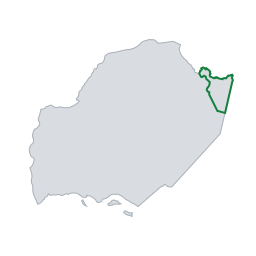 United Republic of Tanzania, with Kagera highlighted, rotated 103°
{"feature_id": "TZA-3360", "entity_name": "Kagera", "entity_type": "Region", "adm_level": 1, "iso_a3": "TZA", "parent_name": "United Republic of Tanzania", "parent_adm1": "", "projection": "albers", "projection_center": [30.807, -1.99], "detail": "coarse", "context": "in_parent", "style": "outline", "palette": "green", "viewbox_px": 256, "rotation_deg": 103, "n_neighbors": 0, "source": "natural_earth", "source_scale": "10m", "svg_char_len": 4141}
<svg xmlns="http://www.w3.org/2000/svg" viewBox="0 0 256 256"><g transform="rotate(103 128 128)"><path d="M94.6,180.2L91.9,178.7L89.4,177.9L87.3,176.9L86.4,175.9L84.5,175.5L82.8,175.4L81.2,174.5L78.1,174.2L77.7,173.6L77.7,172.3L77.1,171.9L76.0,171.6L74.7,171.6L73.9,171.8L73.5,171.7L72.5,170.9L71.5,169.9L71.1,168.4L69.7,167.4L68.0,166.6L63.4,166.6L62.6,166.4L61.5,165.6L60.2,164.3L59.2,162.8L58.3,160.8L57.3,158.0L52.0,147.1L51.4,145.0L50.4,142.7L48.7,139.9L46.9,137.8L44.4,135.9L41.6,134.0L40.1,132.7L37.2,127.5L36.7,125.1L36.2,122.6L36.4,121.6L38.2,118.3L38.4,117.4L38.1,116.2L37.3,113.6L36.1,110.5L33.8,104.8L33.5,103.4L33.6,102.3L34.9,96.5L34.9,95.7L40.2,95.8L44.1,93.3L47.5,89.5L48.2,87.9L49.6,85.5L51.0,84.2L51.5,83.4L52.3,81.0L54.1,79.3L55.8,78.1L55.4,77.2L55.7,76.9L56.7,76.2L58.5,75.6L58.9,74.3L58.9,72.9L58.6,72.1L58.6,71.2L58.3,70.7L57.1,70.5L55.3,69.8L53.8,69.5L52.8,69.1L52.4,68.8L52.3,67.9L53.1,65.7L52.3,64.8L54.1,61.1L54.5,60.7L55.1,60.6L56.2,60.2L57.2,60.0L58.0,60.2L58.6,60.0L59.2,59.6L59.6,58.4L60.0,56.3L59.8,54.6L59.0,53.3L58.8,51.3L59.1,48.6L58.9,46.4L58.0,44.6L57.1,43.5L55.8,43.0L53.7,40.3L53.0,39.0L53.2,38.2L53.9,37.8L55.2,37.9L56.5,37.6L57.7,36.9L58.8,36.7L59.4,36.8L113.0,36.9L175.4,72.0L175.7,72.5L176.2,75.5L176.1,76.5L175.1,78.2L174.8,79.1L174.8,79.8L175.0,80.0L175.8,80.1L176.5,80.5L176.8,80.8L177.3,82.2L178.0,82.8L201.6,100.1L202.2,100.4L201.8,101.8L200.4,105.3L200.4,106.7L199.8,108.4L199.3,109.5L197.9,114.4L196.7,116.3L195.2,120.5L194.9,123.8L195.7,126.1L196.0,128.3L197.8,130.4L199.3,131.2L200.3,132.2L202.0,134.4L203.0,136.6L206.1,137.7L207.4,140.2L206.9,141.9L205.4,143.3L204.1,145.6L202.9,148.6L202.9,153.2L203.6,152.5L205.3,153.6L205.5,157.0L203.7,160.9L203.2,162.7L203.1,164.3L204.3,169.0L206.2,171.4L206.0,172.2L205.5,172.8L208.7,177.1L208.4,180.8L209.6,183.6L210.1,186.1L210.9,188.0L211.0,189.4L210.0,190.8L212.4,191.2L213.7,192.4L214.4,193.5L216.1,193.5L217.0,194.3L218.3,194.9L221.2,196.9L222.0,197.8L222.5,198.8L214.4,204.7L211.5,206.3L209.4,207.0L207.2,207.3L205.0,208.3L203.0,209.8L200.5,210.5L197.4,210.5L194.1,211.5L189.0,214.6L186.0,212.8L183.6,212.3L180.9,212.3L179.3,212.5L178.7,212.9L178.2,213.9L177.7,215.7L175.9,217.3L172.8,218.9L170.0,219.5L167.4,219.0L165.6,218.4L164.7,217.4L163.3,217.0L161.5,217.1L159.8,217.7L158.1,219.0L155.5,219.5L151.9,219.3L150.0,218.7L149.7,217.7L148.1,216.4L145.2,215.0L143.1,215.0L141.7,216.3L140.5,217.2L139.4,217.5L138.3,217.5L136.9,217.2L132.9,217.0L129.1,217.0L128.7,215.1L128.0,213.9L127.3,213.2L126.0,213.0L125.6,212.5L125.2,211.3L124.5,210.3L123.7,209.4L123.2,208.6L123.0,207.9L123.2,207.1L124.0,205.1L124.2,203.7L124.1,202.3L123.7,200.9L122.8,199.2L122.9,198.7L122.6,197.6L122.6,196.7L122.8,195.7L122.6,194.4L121.8,191.6L121.8,190.8L121.0,189.4L118.5,186.2L118.4,185.7L114.5,182.4L112.9,181.7L112.3,182.3L112.1,182.9L112.3,184.0L112.2,184.5L111.1,184.7L110.5,184.6L109.0,183.7L107.8,183.5L104.9,183.6L103.9,183.8L103.1,183.6L101.6,182.1L99.8,181.8L98.2,181.7L95.6,180.0L94.6,180.2ZM206.6,125.7L207.9,129.3L207.7,130.0L206.8,130.4L206.3,130.5L205.8,129.9L205.4,128.6L204.7,128.9L203.5,127.5L202.3,127.4L201.3,125.6L201.7,124.1L201.5,121.5L202.8,120.2L203.5,117.9L204.3,119.5L204.5,121.9L205.6,124.7L206.6,125.7ZM213.1,104.1L213.2,105.0L212.9,105.8L212.9,108.3L212.8,110.1L211.8,112.4L211.0,113.3L210.3,113.0L209.8,112.6L209.3,112.0L210.3,107.6L209.8,104.4L211.6,104.7L213.1,104.1ZM210.1,156.4L209.1,156.7L208.8,156.4L208.2,155.7L209.2,155.1L210.2,154.0L212.4,152.3L213.4,150.9L213.3,152.2L212.0,155.1L210.9,155.3L210.1,156.4Z" fill="#d9dde1" stroke="#a8b0b8" stroke-width="1"/><path d="M53.1,39.5L52.7,38.4L53.2,37.8L55.9,38.0L56.7,37.2L58.3,36.5L59.2,36.8L91.5,36.8L91.2,44.8L77.1,56.4L74.8,56.9L74.5,58.7L72.9,59.9L71.7,59.9L68.3,58.4L64.9,58.6L62.4,62.9L60.5,63.8L59.9,65.5L61.6,67.1L61.8,68.2L59.0,70.8L55.9,70.5L55.8,70.0L54.2,69.2L53.4,70.0L52.1,68.4L52.7,66.5L53.9,64.9L52.6,65.5L52.1,65.3L53.7,61.8L54.5,60.7L55.9,60.6L56.5,59.8L58.0,60.3L59.3,59.7L60.2,55.2L59.6,54.2L59.0,54.2L59.1,52.7L58.6,52.6L59.3,51.0L59.2,46.9L58.5,46.8L57.6,45.1L57.6,43.7L54.5,42.2L53.7,39.7L53.1,39.5Z" fill="none" stroke="#15803d" stroke-width="2"/></g></svg>